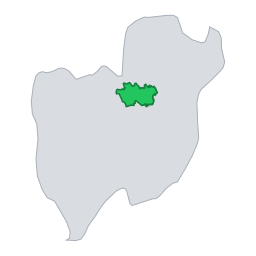 Ruhango, Southern, Rwanda shown in context, rotated 180°
{"feature_id": "39286606B52583425373362", "entity_name": "Ruhango", "entity_type": "district", "adm_level": 2, "iso_a3": "RWA", "parent_name": "Rwanda", "parent_adm1": "Southern", "projection": "equal_earth", "projection_center": [29.754, -2.193], "detail": "fine", "context": "in_parent", "style": "filled", "palette": "green", "viewbox_px": 256, "rotation_deg": 180, "n_neighbors": 0, "source": "geoboundaries", "source_scale": "gbopen_adm2", "svg_char_len": 6157}
<svg xmlns="http://www.w3.org/2000/svg" viewBox="0 0 256 256"><g transform="rotate(180 128 128)"><path d="M100.2,57.3L103.3,57.2L124.0,50.5L126.1,52.6L129.4,65.5L131.2,67.4L134.0,67.9L139.8,64.9L150.5,54.8L155.1,48.7L160.6,40.0L167.6,30.3L171.4,21.8L175.3,16.8L180.2,15.4L185.8,15.7L189.6,15.9L186.4,17.9L185.8,24.1L189.4,34.1L201.3,54.7L208.8,58.4L213.8,66.4L218.6,79.9L220.0,96.8L218.0,117.0L219.2,132.1L223.6,142.0L224.7,154.8L222.6,170.6L220.1,180.0L217.1,183.1L213.8,184.3L209.2,183.2L203.6,184.5L197.6,187.5L193.8,187.9L191.4,187.4L186.9,184.8L179.9,176.7L166.7,181.2L163.1,181.1L158.3,185.0L154.4,189.7L152.0,190.1L149.5,189.4L138.2,179.8L134.0,180.1L132.3,207.1L130.4,222.1L128.1,228.7L120.0,235.2L111.8,238.9L107.3,238.6L89.4,240.6L82.3,240.6L78.5,238.4L73.4,223.2L63.9,216.3L54.7,213.2L51.0,214.1L47.7,222.1L46.3,229.2L37.5,224.3L34.8,218.2L34.5,208.0L31.3,193.9L33.1,188.0L36.6,184.1L43.9,176.7L55.1,166.4L57.5,161.5L59.1,153.3L58.4,134.3L57.3,118.3L58.6,112.5L63.8,100.1L70.6,87.5L78.6,74.0L83.4,72.7L89.8,67.6L96.4,60.1L100.2,57.3Z" fill="#d9dde1" stroke="#a8b0b8" stroke-width="1"/><path d="M139.2,166.3L139.2,166.2L139.5,165.6L139.6,165.0L139.7,164.8L139.8,164.5L139.8,164.1L139.8,163.8L139.8,163.6L139.8,163.4L139.6,163.2L139.6,162.8L139.6,162.4L139.3,162.2L139.2,162.4L137.3,162.4L136.8,162.0L136.5,161.4L135.3,158.7L134.6,157.4L134.5,157.1L134.3,156.5L133.9,155.9L133.8,155.0L133.7,154.5L133.5,154.3L133.3,154.4L131.8,153.8L131.7,153.7L131.4,153.4L131.2,153.0L131.0,152.6L130.9,152.5L130.7,152.5L130.6,152.3L130.5,152.2L130.4,151.4L130.0,151.0L129.9,150.5L130.0,150.4L130.0,150.2L129.9,149.4L129.5,149.3L129.1,149.7L128.8,149.8L128.6,149.7L128.3,149.9L128.2,150.0L127.8,149.9L127.5,150.1L127.0,150.2L126.9,150.1L126.4,150.3L126.0,150.6L125.8,150.7L125.6,150.8L125.2,150.9L125.1,150.7L124.7,150.7L124.2,150.8L124.0,150.7L123.7,150.7L123.4,150.9L123.0,150.7L122.8,150.6L122.0,150.7L121.9,151.2L122.0,151.3L122.1,151.7L122.3,152.2L122.2,152.2L122.1,152.3L121.9,152.3L121.8,152.5L121.7,152.6L121.6,152.8L121.4,152.7L120.8,152.8L120.9,153.4L121.2,153.9L120.9,154.2L120.7,154.5L120.8,154.8L120.7,155.1L120.4,154.9L120.0,154.9L119.6,155.0L119.2,154.8L118.6,154.3L118.4,153.7L117.7,153.4L117.5,153.2L116.8,153.0L116.4,152.5L115.8,152.0L115.6,151.5L115.2,151.6L114.4,150.7L114.2,150.9L113.9,150.7L113.4,150.8L113.3,150.7L113.1,150.8L112.9,150.8L112.7,151.0L112.4,150.9L112.3,151.1L111.9,151.1L111.8,151.4L111.6,151.5L111.4,151.7L111.4,151.8L111.2,151.9L110.9,151.8L110.8,152.0L110.6,151.8L110.4,151.7L110.5,151.5L110.4,151.3L110.4,151.2L110.2,150.9L110.4,150.8L110.3,150.7L110.2,150.5L110.4,150.2L110.1,149.9L110.0,150.0L110.0,149.8L109.9,149.8L109.8,150.0L109.8,149.9L109.5,149.9L109.3,149.8L109.2,149.9L109.2,150.1L108.8,150.0L108.8,149.9L108.7,150.0L108.7,150.3L108.7,150.6L108.7,151.1L108.7,151.8L108.0,151.7L107.8,151.5L107.6,151.2L107.5,150.9L107.4,150.8L107.4,151.2L107.1,151.6L106.5,151.7L106.0,151.5L105.7,151.5L105.5,151.4L105.2,151.7L104.9,151.6L104.8,151.8L104.7,151.8L104.3,152.1L104.2,152.1L104.2,151.8L103.9,151.9L103.8,152.0L103.8,151.8L103.7,151.5L103.7,151.4L103.4,151.6L103.4,152.0L103.2,152.2L103.2,152.4L103.0,152.5L103.2,152.9L103.1,153.0L102.9,153.4L102.7,153.4L102.6,153.7L102.3,154.0L102.2,154.2L102.2,154.5L102.2,154.9L102.3,154.9L102.4,155.0L102.2,155.2L101.9,155.7L101.9,155.8L102.3,155.8L102.4,156.0L102.4,156.4L102.6,156.5L102.7,156.3L102.8,156.3L102.8,156.5L103.0,156.7L103.0,156.8L103.0,157.0L102.9,157.1L103.0,157.3L102.8,157.4L102.9,157.6L102.8,158.0L103.0,158.4L103.3,158.4L103.3,158.5L103.3,158.9L103.3,159.1L103.2,159.3L103.3,159.6L102.9,160.2L102.9,160.3L103.0,160.5L102.7,161.0L102.3,160.9L102.1,160.6L101.7,161.0L101.4,161.1L101.5,161.4L101.3,161.4L101.2,161.3L101.0,161.7L101.0,161.9L101.1,162.0L101.0,162.4L100.8,162.2L100.5,161.8L100.3,162.0L100.2,161.7L100.0,162.3L99.8,162.6L99.7,162.6L98.8,162.9L98.8,163.1L98.7,163.3L98.8,163.4L98.8,163.7L98.9,163.8L98.9,164.1L99.1,164.3L99.1,164.5L99.3,164.7L99.3,164.8L99.3,165.0L99.6,165.3L99.7,165.5L99.9,166.0L100.1,166.0L100.2,166.5L100.4,166.7L100.5,166.8L100.5,167.0L100.3,167.1L100.6,167.4L100.6,167.5L100.8,167.7L100.8,168.0L101.0,168.2L100.9,168.3L101.0,168.4L101.1,168.6L101.3,168.7L101.5,168.7L101.9,168.8L101.8,169.2L101.9,169.3L102.0,169.5L102.3,169.0L102.5,168.9L102.8,169.2L103.0,169.2L103.4,169.0L103.5,169.1L103.8,169.2L103.9,169.3L104.4,169.6L104.4,169.9L104.6,170.1L104.8,170.1L105.0,170.3L105.3,170.3L105.4,170.2L105.6,169.9L105.8,168.9L106.1,168.8L106.4,169.0L106.6,169.0L106.5,169.4L106.6,169.5L106.8,169.6L106.9,170.1L107.0,169.9L107.1,170.0L107.4,169.8L107.9,168.8L108.1,168.7L108.1,168.9L108.3,169.0L108.5,169.3L108.7,169.6L108.8,169.7L109.0,170.1L109.6,170.7L110.1,171.5L110.2,171.3L110.5,171.3L110.6,171.2L110.8,171.4L111.0,171.4L111.3,171.1L111.6,170.7L111.6,170.2L111.4,169.9L111.5,169.6L111.4,169.3L111.5,168.8L111.4,168.5L111.3,168.3L111.3,168.0L111.4,167.9L111.6,168.1L112.0,168.0L112.3,168.3L112.4,168.2L112.5,168.3L112.9,168.2L113.1,168.2L113.1,167.7L113.3,167.5L113.8,167.8L114.2,168.2L115.2,168.1L115.6,168.3L115.8,168.1L116.0,167.3L116.3,167.6L116.7,168.0L116.9,168.8L116.9,169.0L117.1,169.6L117.4,170.0L118.8,171.0L119.1,171.5L119.4,172.1L119.7,172.5L119.9,172.4L120.2,172.6L120.5,172.5L120.8,172.7L121.0,172.6L121.5,171.6L121.3,171.4L121.4,171.1L121.5,170.6L121.6,170.4L122.2,170.0L122.6,170.2L122.8,170.3L123.4,169.8L123.5,170.0L124.2,170.2L124.3,170.4L124.3,170.7L124.6,171.2L125.2,171.7L125.3,171.8L125.3,172.3L125.8,172.9L126.1,172.9L126.4,172.8L126.5,172.9L126.5,173.0L126.7,173.3L126.9,173.2L127.1,173.0L127.5,173.0L127.8,172.9L128.2,172.6L128.3,172.3L128.6,172.3L129.0,172.2L129.4,172.2L129.9,172.1L130.3,172.5L130.7,172.5L131.0,172.6L131.4,172.6L131.8,173.0L132.0,173.0L132.5,172.3L132.7,172.2L132.3,171.5L132.3,171.0L132.2,170.6L132.0,170.4L131.9,169.9L131.8,169.7L131.8,169.2L131.7,168.8L131.8,168.5L131.6,168.1L131.0,168.1L131.1,167.9L131.3,166.8L131.4,166.5L132.2,166.3L133.0,167.1L133.3,167.3L133.5,167.2L133.7,166.8L133.8,166.8L134.0,166.6L134.4,166.5L135.1,166.4L135.5,166.2L136.2,166.4L136.4,166.3L136.8,166.2L137.2,166.2L138.1,166.7L139.2,166.3Z" fill="#22c55e" stroke="#15803d" stroke-width="1.5"/></g></svg>